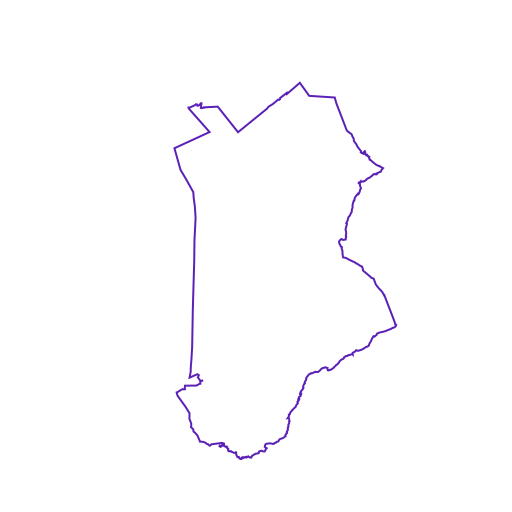 the district of Villa García, Zacatecas, Mexico, rotated 50°
{"feature_id": "50627088B46561394419129", "entity_name": "Villa García", "entity_type": "district", "adm_level": 2, "iso_a3": "MEX", "parent_name": "Mexico", "parent_adm1": "Zacatecas", "projection": "equal_earth", "projection_center": [-101.841, 22.125], "detail": "fine", "context": "isolated", "style": "outline", "palette": "violet", "viewbox_px": 512, "rotation_deg": 50, "n_neighbors": 0, "source": "geoboundaries", "source_scale": "gbopen_adm2", "svg_char_len": 6112}
<svg xmlns="http://www.w3.org/2000/svg" viewBox="0 0 512 512"><g transform="rotate(50 256 256)"><path d="M309.5,404.5L312.6,405.9L326.0,406.9L333.7,408.0L338.0,411.7L342.5,413.2L344.3,414.6L345.3,415.8L348.2,415.5L349.0,415.7L349.8,416.5L350.7,416.7L352.0,416.3L355.7,416.2L362.3,418.2L362.5,417.7L364.0,416.5L364.2,416.1L366.6,414.7L368.2,414.5L369.6,413.7L370.1,413.8L371.7,413.3L371.6,411.2L377.3,402.2L378.7,401.3L378.9,402.4L379.2,402.5L379.0,403.1L379.6,403.4L379.5,403.8L379.1,404.1L379.0,405.3L378.0,405.6L378.2,406.2L379.4,405.9L379.7,403.3L380.6,402.7L380.5,402.1L381.1,402.5L382.5,401.9L382.5,401.6L383.0,401.2L383.0,401.8L385.8,401.2L386.7,402.2L387.3,402.0L387.9,402.4L389.0,401.4L389.2,400.7L390.2,400.7L391.1,400.0L392.5,399.6L393.3,398.5L393.4,397.5L393.7,397.5L394.9,398.3L395.2,398.7L397.7,399.4L398.2,399.4L398.9,398.3L399.1,398.3L399.2,398.6L400.4,398.6L400.5,398.8L401.9,398.1L402.1,397.5L401.3,396.6L401.4,396.0L401.6,395.5L401.8,395.6L402.2,396.3L402.4,396.1L402.7,395.3L403.0,393.3L403.5,392.7L404.2,393.0L404.4,392.6L404.3,391.4L404.5,390.7L406.0,390.5L406.5,389.7L407.3,389.5L407.3,389.1L406.5,387.3L406.8,386.4L406.8,385.3L407.1,384.4L407.2,383.3L408.0,382.3L408.3,381.4L408.6,381.1L408.7,380.7L408.5,380.2L408.1,380.0L407.8,379.5L407.8,379.0L408.8,376.8L410.2,376.2L411.2,375.2L411.3,374.9L411.2,374.4L410.3,372.8L410.1,371.4L407.8,372.0L406.8,370.7L406.4,369.7L406.5,368.8L408.2,366.1L409.3,364.9L410.5,364.1L411.4,363.1L411.2,362.3L411.3,361.7L411.8,360.7L411.6,359.7L412.3,358.3L412.2,357.4L411.8,356.9L411.6,355.4L412.5,353.2L412.9,351.7L413.0,349.6L413.1,349.3L412.7,348.8L412.2,348.7L411.9,348.2L411.8,347.4L411.6,347.1L411.6,346.3L411.5,345.9L410.7,345.7L410.2,344.8L409.7,343.3L409.3,343.2L408.5,342.3L407.8,341.9L407.7,340.9L406.3,340.0L405.3,338.0L404.5,337.1L404.1,337.1L403.9,336.3L401.4,335.1L400.9,335.5L400.6,336.0L400.3,335.0L400.4,334.6L399.7,333.5L399.3,333.0L398.9,333.0L398.6,332.8L398.9,331.7L398.0,330.6L397.7,329.1L397.6,327.7L397.3,327.1L397.3,325.9L397.1,325.1L397.1,322.8L396.2,321.1L395.7,319.0L395.7,318.6L394.4,318.1L394.4,317.0L394.2,316.6L393.5,316.5L393.3,316.2L393.7,315.3L393.6,315.2L393.3,315.2L393.3,314.7L392.6,314.5L392.2,314.7L391.8,313.9L392.0,313.6L391.7,313.0L391.9,312.0L391.8,311.6L391.3,311.4L390.9,310.4L390.2,311.1L389.8,310.9L389.8,310.0L389.6,309.5L389.4,309.3L388.9,309.4L388.6,308.3L388.2,307.6L388.3,306.3L387.8,305.4L387.8,304.8L387.4,304.4L387.1,304.5L386.5,303.7L386.0,303.5L385.1,301.7L385.0,301.2L385.1,300.9L385.0,300.3L384.2,300.1L383.4,298.6L383.3,297.6L382.6,296.6L382.0,296.4L381.9,295.8L381.5,295.3L380.8,291.8L380.8,291.0L381.1,290.2L381.0,289.5L381.3,288.9L381.7,288.8L382.1,287.8L382.7,285.3L382.9,284.9L383.2,284.9L384.8,282.8L384.8,280.4L384.5,279.4L384.6,277.5L384.7,276.9L385.6,275.3L385.7,274.5L387.7,273.3L387.8,273.6L389.7,274.4L390.2,274.0L390.3,273.3L390.7,273.1L390.9,272.7L391.2,271.2L391.5,270.9L391.4,269.8L391.6,268.2L391.3,267.5L391.3,265.5L391.0,264.9L391.2,264.1L391.1,261.8L390.3,259.2L390.3,256.7L390.8,255.8L390.8,255.0L390.6,254.5L390.7,253.9L390.2,253.5L390.4,252.0L390.5,251.2L391.3,250.5L391.3,248.9L391.4,248.6L391.8,248.4L392.7,246.1L393.2,245.2L393.6,245.2L392.3,244.2L392.9,241.3L392.5,240.1L392.5,239.8L393.8,239.2L394.4,238.4L395.7,235.3L396.3,231.8L396.4,229.9L397.0,229.0L397.2,227.2L396.7,226.7L395.8,224.8L395.5,223.6L393.7,219.8L393.0,217.6L393.1,217.3L393.8,217.2L393.9,216.7L393.9,214.2L393.3,213.3L393.3,212.9L393.9,210.9L396.6,205.6L397.7,202.0L398.6,199.6L398.9,197.4L399.4,196.7L399.6,195.9L399.7,194.5L399.4,194.0L399.1,193.4L398.8,193.4L398.8,192.9L397.3,193.1L396.6,192.6L392.5,191.1L368.6,182.9L368.6,183.2L364.7,182.4L359.0,182.7L354.8,182.5L348.9,180.4L346.9,181.7L346.1,181.6L335.8,183.4L334.5,182.4L332.3,181.6L331.6,182.0L329.4,182.8L327.1,183.4L325.8,184.2L324.9,184.2L319.0,186.9L315.2,188.4L313.0,190.2L310.1,188.4L307.2,186.2L305.5,185.7L304.8,185.2L304.5,184.5L303.0,184.9L301.9,184.4L300.3,184.2L298.6,183.4L298.0,182.2L297.8,180.0L297.9,179.6L299.2,179.2L299.9,178.7L301.0,176.7L299.6,175.3L299.3,174.5L298.4,174.3L297.8,173.9L297.3,172.9L295.3,171.4L293.0,170.2L292.1,168.7L291.3,167.9L290.6,166.5L289.7,165.6L288.9,165.8L287.6,162.7L286.7,161.9L286.6,161.4L285.7,160.4L285.4,158.3L284.0,155.3L284.0,154.7L282.0,152.6L281.0,150.9L279.2,149.5L276.8,146.2L276.5,145.5L276.8,145.2L275.0,143.0L274.2,140.4L273.8,137.9L274.5,138.0L274.5,137.7L273.8,135.9L272.0,133.3L271.7,132.1L269.3,131.2L267.4,130.0L266.3,130.6L266.0,130.4L265.9,129.7L266.3,129.2L266.1,127.8L266.7,128.1L266.6,128.4L266.6,128.9L267.1,127.0L267.7,125.8L268.2,125.6L268.6,123.0L268.3,122.4L268.5,119.9L269.0,118.8L269.0,116.8L269.2,116.5L268.9,113.3L269.2,112.8L269.8,112.6L270.2,112.0L270.1,110.9L270.9,110.9L270.7,108.8L271.6,106.1L270.7,104.5L270.4,102.2L266.8,103.6L266.4,103.5L266.2,104.0L263.3,105.3L258.4,106.3L255.5,106.6L255.3,107.0L253.2,106.2L253.0,105.6L251.6,106.1L251.4,105.8L250.6,106.2L249.8,105.9L249.5,106.8L248.4,106.5L247.7,106.7L247.4,107.6L247.1,107.8L246.3,107.1L246.7,105.7L245.7,105.2L245.5,105.4L246.0,107.4L245.8,107.8L246.0,108.3L245.2,108.8L244.0,109.1L243.5,108.2L237.5,108.0L234.9,107.3L230.8,107.1L229.1,105.8L226.0,105.2L224.8,104.6L223.8,104.6L219.9,105.6L218.0,105.7L190.7,96.3L185.2,93.8L167.5,112.3L151.5,111.1L151.8,128.6L151.2,128.7L150.8,128.2L150.5,136.0L151.3,136.8L151.3,137.9L150.4,138.5L150.4,145.4L149.7,150.4L150.2,153.0L149.6,190.2L117.0,189.3L108.9,200.0L109.2,200.1L107.5,203.0L107.1,203.1L106.9,202.8L106.9,202.7L103.9,199.6L103.6,199.9L104.0,203.0L103.2,204.3L102.1,203.7L101.1,204.6L101.2,206.0L99.7,211.2L98.9,212.3L99.9,212.7L131.2,211.9L121.0,249.2L141.4,258.4L153.9,260.5L166.8,263.0L171.6,266.5L178.9,271.1L188.0,277.8L204.7,293.3L220.3,306.7L256.6,339.0L284.9,363.6L294.6,372.8L298.3,376.5L301.3,379.3L302.3,380.0L306.5,385.1L308.8,377.0L310.5,376.4L311.5,378.2L311.5,378.5L316.2,378.9L316.8,377.3L317.0,377.4L316.3,379.0L316.4,379.5L318.1,380.7L317.7,381.4L317.0,384.6L316.7,385.3L309.7,393.7L311.2,395.3L312.4,396.0L311.7,397.1L310.8,397.8L310.5,398.9L309.8,403.7L309.5,404.5Z" fill="none" stroke="#5b21b6" stroke-width="2"/></g></svg>